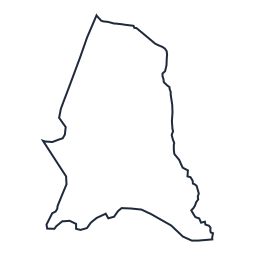 Gbehlay-Geh, Nimba, Liberia (Robinson projection)
{"feature_id": "62588387B4114270001160", "entity_name": "Gbehlay-Geh", "entity_type": "district", "adm_level": 2, "iso_a3": "LBR", "parent_name": "Liberia", "parent_adm1": "Nimba", "projection": "robinson", "projection_center": [-8.457, 7.361], "detail": "fine", "context": "isolated", "style": "outline", "palette": "slate", "viewbox_px": 256, "rotation_deg": 0, "n_neighbors": 0, "source": "geoboundaries", "source_scale": "gbopen_adm2", "svg_char_len": 1991}
<svg xmlns="http://www.w3.org/2000/svg" viewBox="0 0 256 256"><path d="M47.2,228.6L54.4,228.8L56.4,226.1L62.4,221.2L63.5,221.3L69.6,220.8L76.1,223.9L76.1,228.8L80.4,229.9L83.4,229.1L86.2,228.3L87.0,228.0L90.7,222.8L91.3,222.3L92.7,221.1L95.1,219.2L96.7,217.9L101.7,215.6L103.3,214.8L103.9,214.6L105.7,213.7L107.3,216.5L108.3,218.3L112.3,217.2L114.0,216.8L118.0,211.1L121.6,208.1L131.0,208.5L141.6,209.6L142.8,210.2L148.7,213.0L150.6,213.8L156.0,216.9L159.2,218.7L171.2,225.5L175.1,229.2L182.8,236.5L183.4,236.8L191.8,240.6L198.1,240.6L212.3,239.4L212.2,237.5L212.4,236.3L213.0,233.2L210.8,232.5L210.3,230.7L210.5,227.6L208.9,225.7L205.4,224.6L204.9,221.7L201.1,222.7L199.2,218.4L196.2,217.4L195.4,217.1L193.5,214.2L191.3,210.4L191.5,210.1L192.7,208.9L193.4,208.2L193.9,207.3L194.6,206.3L195.2,205.1L196.1,202.3L198.2,199.4L197.8,196.5L198.8,193.5L197.5,189.0L196.6,185.8L194.5,184.2L192.9,183.6L192.8,182.2L192.6,180.6L190.5,177.2L187.5,176.4L187.9,170.4L182.7,167.7L181.1,164.3L179.2,159.9L176.9,157.1L175.5,155.4L175.2,155.1L174.3,153.8L173.8,149.6L173.8,145.0L174.2,143.0L172.9,139.6L172.8,139.3L171.7,135.0L173.1,131.1L172.6,129.6L172.5,129.1L171.9,121.4L172.3,115.3L172.5,112.2L172.2,104.7L170.7,94.7L170.7,92.0L170.6,91.7L169.6,88.9L169.5,87.1L167.3,85.5L165.2,83.5L163.8,82.1L163.4,78.8L162.5,76.2L162.5,73.5L165.1,71.2L166.5,65.2L166.8,57.6L167.1,55.0L166.7,51.3L165.0,48.7L162.4,46.9L158.5,45.3L155.2,43.7L145.9,35.9L136.5,28.1L134.3,27.8L133.5,25.8L124.6,24.7L121.5,24.2L114.9,23.5L114.0,23.5L108.1,21.9L103.3,21.4L101.2,20.7L97.0,16.1L96.5,15.4L87.1,37.4L83.6,47.4L80.1,57.4L70.5,83.2L69.4,86.2L63.7,101.2L60.8,109.0L60.0,113.3L59.1,117.8L65.7,127.1L64.9,134.2L64.9,134.5L62.7,138.3L61.8,138.6L59.8,139.2L52.4,142.0L45.2,141.5L43.0,140.8L46.8,146.7L47.2,147.3L56.2,161.2L66.1,176.4L66.2,177.9L66.2,178.8L66.5,184.3L62.3,194.4L57.6,205.9L57.3,208.5L57.2,208.9L56.3,210.4L55.6,211.5L53.5,212.6L52.2,213.3L46.5,224.6L47.2,228.6Z" fill="none" stroke="#1e293b" stroke-width="2"/></svg>